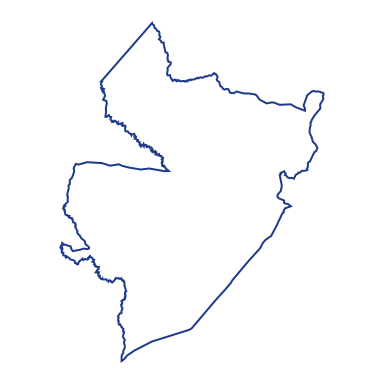 Kasenengwa, Eastern, Zambia
{"feature_id": "96606910B99834275279733", "entity_name": "Kasenengwa", "entity_type": "district", "adm_level": 2, "iso_a3": "ZMB", "parent_name": "Zambia", "parent_adm1": "Eastern", "projection": "robinson", "projection_center": [32.185, -13.669], "detail": "fine", "context": "isolated", "style": "outline", "palette": "blue", "viewbox_px": 384, "rotation_deg": 0, "n_neighbors": 0, "source": "geoboundaries", "source_scale": "gbopen_adm2", "svg_char_len": 5889}
<svg xmlns="http://www.w3.org/2000/svg" viewBox="0 0 384 384"><path d="M215.8,74.1L215.0,74.1L214.2,73.1L211.2,75.6L209.1,75.4L206.6,76.5L205.2,76.3L202.5,77.8L200.4,77.3L198.2,78.4L197.6,77.8L193.9,79.5L191.6,79.5L190.7,80.2L190.0,79.6L188.3,80.1L188.2,80.8L187.1,81.5L186.2,80.7L184.9,81.6L183.9,81.0L179.9,81.3L178.9,80.2L177.7,81.0L176.9,80.1L176.3,81.0L174.8,79.5L172.5,80.9L171.9,79.3L170.8,78.1L170.1,75.2L167.8,75.4L167.0,74.0L167.7,70.0L167.5,67.9L170.6,64.2L170.8,62.5L168.2,61.6L168.3,60.5L167.6,59.7L167.5,57.8L168.0,55.1L167.0,52.7L165.5,52.3L163.8,44.9L163.8,42.7L161.6,42.5L160.8,40.7L158.9,39.2L160.5,37.1L159.2,35.0L159.5,33.1L159.0,31.5L157.5,31.1L155.8,28.5L154.8,28.2L153.8,25.1L152.5,24.4L152.1,23.0L101.6,80.9L102.2,80.8L102.3,81.4L101.2,83.0L101.0,84.2L101.9,86.2L101.0,87.8L102.5,91.1L103.3,88.5L104.0,88.9L103.4,90.1L105.1,95.9L103.1,99.7L106.3,100.9L106.8,103.5L105.8,108.1L106.1,111.7L105.4,116.8L106.6,116.9L108.8,115.1L109.4,116.4L111.2,117.0L110.4,119.0L111.0,120.2L112.3,120.7L112.0,121.9L113.6,122.0L114.7,120.7L116.4,121.7L117.0,122.8L118.0,122.2L117.7,123.9L118.2,124.3L122.5,123.0L122.6,123.8L121.7,125.0L122.1,125.5L123.1,126.1L124.2,125.4L125.5,125.9L125.0,129.4L125.7,131.4L127.8,131.3L128.8,132.9L131.0,134.2L131.4,135.2L131.9,134.1L133.0,134.4L134.2,133.9L134.8,135.2L134.5,136.4L135.4,136.1L136.0,136.7L135.0,138.8L136.0,138.7L137.0,139.9L137.8,140.0L137.4,141.1L138.2,141.1L138.8,142.1L139.6,142.1L139.7,145.2L140.8,145.8L140.9,146.6L141.4,146.4L141.6,144.6L143.4,145.1L143.7,145.8L143.9,144.2L144.8,145.6L145.7,145.0L146.7,145.4L146.7,147.1L149.0,146.2L149.6,146.7L149.3,147.3L149.9,147.9L151.0,147.4L152.1,148.4L151.7,149.8L150.9,150.1L151.6,151.3L152.7,150.4L153.1,152.2L154.5,151.5L154.8,152.3L155.3,151.5L155.6,152.2L156.3,152.3L155.7,154.5L156.8,154.7L157.0,154.1L157.5,154.6L158.3,154.4L158.4,155.0L159.2,154.4L159.4,155.7L161.5,156.1L161.5,157.1L163.1,157.9L161.9,159.4L162.5,159.6L162.2,160.4L162.8,161.4L162.2,161.8L162.3,162.8L161.7,163.0L162.5,165.2L162.2,165.9L162.8,166.2L163.1,165.5L163.9,166.4L164.4,166.0L165.7,168.5L166.4,168.7L166.4,170.0L167.0,170.4L167.9,170.2L168.8,171.0L164.7,171.2L149.3,168.5L140.6,169.5L128.7,167.5L121.8,165.7L118.8,164.3L110.2,165.7L101.9,163.1L87.2,162.2L78.4,164.6L76.1,163.8L75.6,164.2L73.6,168.3L74.2,169.8L73.9,172.7L71.9,177.9L69.7,180.1L69.9,184.0L68.6,185.5L68.7,188.7L67.2,194.2L67.6,195.1L67.3,195.9L67.9,196.8L67.6,199.5L67.9,201.7L63.9,205.6L63.8,206.8L64.6,206.7L63.2,208.1L63.8,208.4L63.9,209.3L64.6,209.7L64.3,210.3L64.9,210.6L64.8,212.4L65.5,214.6L66.3,215.3L67.6,215.2L68.2,216.1L69.4,216.0L69.1,217.1L69.6,217.0L70.0,218.0L71.8,218.0L72.6,219.2L72.2,219.8L72.8,220.5L73.1,222.3L75.3,223.2L75.8,225.0L75.2,225.4L75.2,226.2L75.6,226.1L75.6,227.6L77.5,231.5L77.3,232.6L77.9,234.0L79.5,235.2L81.3,238.3L84.6,240.9L85.5,244.2L88.7,246.8L89.2,247.9L88.8,248.7L87.6,249.1L83.2,248.6L80.7,249.6L72.9,251.1L71.6,249.6L70.6,246.4L64.0,244.4L62.2,243.0L62.1,244.0L63.2,244.9L61.3,245.4L60.4,247.2L60.9,248.3L61.6,247.2L62.1,247.4L62.5,248.8L61.6,252.1L62.5,253.1L63.3,252.8L63.3,255.3L66.0,256.0L65.6,256.8L65.9,257.6L67.3,256.9L69.3,258.1L70.1,259.3L73.5,260.3L74.8,261.1L75.0,263.0L76.7,263.4L76.8,264.2L77.4,264.4L78.1,264.2L79.0,261.6L82.6,258.6L83.3,260.1L85.0,259.0L87.4,259.6L87.7,259.0L88.3,259.0L88.7,258.0L88.4,257.6L89.4,257.3L89.2,256.7L90.0,255.9L91.0,257.5L92.3,257.8L93.0,259.4L94.1,259.9L92.5,261.8L94.1,262.3L94.6,263.9L94.1,264.4L95.3,265.3L95.1,266.3L96.7,266.4L97.1,267.1L98.9,267.0L98.5,269.3L97.4,269.9L95.8,272.3L97.7,272.2L97.5,272.9L98.1,273.3L98.8,272.9L98.2,275.4L99.0,276.4L99.9,276.1L99.8,277.6L100.8,278.7L101.7,279.1L102.2,278.6L102.2,279.1L103.4,279.5L106.6,279.4L107.4,280.8L108.8,280.7L108.8,281.1L109.6,280.2L110.9,281.1L111.0,281.9L112.2,282.4L112.5,281.7L113.5,281.6L115.8,278.0L117.1,278.6L118.1,278.0L119.6,278.9L120.5,278.5L121.8,279.9L121.9,279.5L122.2,280.2L123.1,280.3L123.3,280.9L123.7,280.7L124.3,281.7L124.0,282.0L124.6,283.7L124.4,285.7L126.3,291.3L125.0,292.3L125.0,294.7L125.3,294.7L125.6,296.2L124.9,296.9L125.2,298.1L124.6,298.4L124.8,299.2L124.4,299.8L122.8,299.8L121.4,301.2L122.3,302.1L121.8,303.3L122.1,303.8L121.1,304.9L121.5,306.6L122.2,307.3L122.4,309.1L121.5,310.7L121.4,313.1L119.8,313.5L117.9,316.6L118.7,317.6L118.1,319.4L118.6,320.8L118.3,321.0L118.7,321.4L118.6,324.0L119.4,324.7L120.2,324.5L120.2,325.2L121.5,326.3L121.5,327.2L123.4,328.8L123.0,330.8L123.4,331.9L123.9,331.8L124.0,332.7L123.2,335.0L123.1,337.3L124.9,340.1L123.9,342.4L124.8,345.3L124.7,348.2L123.4,350.4L123.2,353.2L122.1,354.4L121.6,356.2L121.6,361.0L124.3,359.1L127.0,355.6L134.8,350.3L152.0,341.5L189.3,329.8L192.0,328.0L214.7,301.2L224.9,289.9L230.6,283.2L232.7,279.8L249.6,259.8L260.0,248.4L263.0,242.7L265.6,239.8L271.1,236.0L276.2,226.5L282.3,213.5L283.8,212.2L283.4,211.3L285.1,208.3L290.8,206.3L288.0,204.0L284.6,203.3L284.0,202.7L284.1,200.5L279.0,198.4L277.4,196.9L277.6,194.8L280.9,190.8L281.8,185.5L279.7,174.9L280.9,174.4L280.5,173.0L284.2,171.3L284.6,172.6L285.7,173.5L284.9,175.0L286.4,175.8L287.7,177.4L289.9,178.2L292.1,177.8L293.9,178.7L295.9,174.6L298.1,173.5L298.3,172.7L299.8,172.7L302.1,170.7L304.0,170.9L307.4,170.0L306.9,168.6L307.8,167.3L307.9,162.9L310.0,161.3L314.3,152.2L316.1,151.2L317.4,147.9L315.5,144.3L312.9,141.8L311.4,136.6L310.1,133.9L309.5,131.8L310.0,127.1L310.7,125.4L310.4,122.7L311.2,121.9L311.7,120.0L314.3,115.7L320.4,108.4L320.1,104.4L323.4,98.9L322.8,96.0L323.6,94.6L323.4,93.1L318.5,91.4L315.1,91.5L313.6,90.9L311.5,91.7L307.3,95.2L303.6,105.5L305.0,108.6L304.9,110.7L295.7,107.2L290.7,104.3L279.6,104.8L274.0,102.6L271.7,102.4L266.7,103.4L260.4,100.1L258.9,98.8L257.2,96.1L255.4,94.5L248.7,93.5L243.6,93.4L236.5,91.5L233.8,93.2L230.2,92.8L228.4,89.3L226.7,88.9L224.4,89.6L223.0,88.8L221.9,87.0L220.2,86.0L219.3,82.1L217.3,80.7L216.7,79.6L217.6,76.6L215.8,74.1Z" fill="none" stroke="#1e3a8a" stroke-width="2"/></svg>